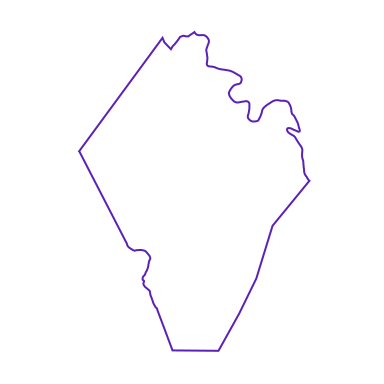 outline of Beausejour, Vieux Fort, Saint Lucia, rotated 185°
{"feature_id": "8701671B75449277915828", "entity_name": "Beausejour", "entity_type": "district", "adm_level": 2, "iso_a3": "LCA", "parent_name": "Saint Lucia", "parent_adm1": "Vieux Fort", "projection": "robinson", "projection_center": [-60.956, 13.753], "detail": "fine", "context": "isolated", "style": "outline", "palette": "violet", "viewbox_px": 384, "rotation_deg": 185, "n_neighbors": 0, "source": "geoboundaries", "source_scale": "gbopen_adm2", "svg_char_len": 5730}
<svg xmlns="http://www.w3.org/2000/svg" viewBox="0 0 384 384"><g transform="rotate(185 192 192)"><path d="M234.8,343.0L308.0,222.7L307.7,222.5L252.4,134.9L252.0,134.0L251.8,133.3L251.6,133.0L251.2,132.4L250.9,132.1L250.6,131.8L249.9,131.2L249.4,131.0L249.0,130.7L248.1,130.2L246.9,129.6L246.3,129.3L245.5,128.9L244.6,128.7L243.9,128.5L243.1,128.9L242.0,129.3L240.7,129.4L239.5,129.6L238.0,129.8L236.8,129.8L235.6,129.6L234.8,129.5L234.4,129.4L233.6,129.2L233.2,129.0L232.6,128.5L232.1,128.1L231.6,127.6L231.2,127.2L230.2,126.2L228.9,124.8L228.6,124.4L228.3,123.8L228.0,123.2L227.8,122.3L227.8,121.8L227.9,121.2L228.0,120.9L228.3,120.5L228.5,120.0L228.6,119.7L228.8,119.0L228.8,118.6L228.9,117.7L228.9,117.1L229.0,116.5L229.1,115.8L229.1,115.5L229.1,115.2L229.1,114.7L229.2,114.2L229.2,113.8L229.3,113.3L229.3,112.8L229.5,112.3L229.6,111.6L229.9,110.7L230.1,110.0L230.3,109.5L230.6,109.0L231.1,107.9L231.2,107.5L231.3,107.0L231.5,106.2L231.6,105.6L231.8,105.3L232.2,104.8L232.3,104.6L232.6,104.4L232.8,104.1L233.0,103.9L233.2,103.6L233.4,103.1L233.5,102.7L233.6,102.3L233.7,101.9L233.7,101.4L233.7,101.1L233.6,100.8L233.5,100.5L233.4,100.2L233.2,100.1L233.0,99.9L232.5,99.6L232.2,99.4L232.1,99.2L232.0,98.7L232.1,98.0L232.3,97.6L232.4,96.9L232.4,96.6L232.3,96.1L232.3,95.9L232.1,95.5L232.0,95.2L231.7,94.8L231.6,94.6L231.3,94.4L230.9,93.9L230.3,93.2L230.0,93.0L229.6,92.8L229.2,92.5L228.6,92.1L228.0,91.7L227.6,91.4L226.9,90.8L226.0,90.2L225.6,89.9L225.5,89.6L225.2,89.0L225.1,88.7L225.0,88.1L224.8,87.1L224.7,86.7L224.5,86.2L224.4,85.7L224.0,84.8L223.7,84.4L223.5,84.0L223.3,83.5L223.1,83.1L222.9,82.6L222.8,82.3L222.7,82.1L222.4,81.6L222.0,80.7L221.8,80.2L221.6,79.7L221.4,79.4L221.2,78.8L221.0,78.4L220.8,77.9L220.5,77.4L220.2,76.9L219.9,76.5L219.8,76.3L219.4,75.7L219.2,75.5L218.9,75.0L218.6,74.5L218.4,74.3L218.1,73.9L217.9,73.8L217.6,73.6L217.1,73.3L216.8,73.0L216.6,72.5L216.4,71.9L216.1,71.3L215.8,70.6L215.4,69.7L204.7,47.4L201.0,39.6L197.6,32.5L151.8,36.1L140.2,62.0L134.4,75.0L120.4,111.4L112.3,149.1L108.8,165.4L76.0,213.4L76.3,213.6L77.3,214.5L77.8,215.2L78.3,215.8L78.9,216.7L79.0,217.0L80.1,218.1L80.4,218.5L80.9,219.2L81.5,220.3L81.7,220.8L82.0,221.9L82.2,223.2L82.3,223.8L82.5,224.9L82.8,226.0L83.0,227.0L83.1,227.9L83.3,228.7L83.5,230.0L83.7,231.5L84.0,232.9L84.3,233.6L84.6,234.2L84.9,235.1L85.1,235.7L85.4,236.8L85.5,237.7L85.6,238.4L85.6,239.3L85.7,240.2L85.7,240.8L85.7,241.8L85.7,242.5L85.7,243.3L85.9,244.1L86.1,244.8L86.4,245.5L86.9,246.2L87.4,247.0L89.3,249.2L90.6,250.8L91.2,251.6L92.0,252.7L92.5,253.3L93.3,254.5L94.1,255.6L94.8,256.2L95.7,256.9L97.3,257.6L98.6,258.2L99.2,258.5L100.1,259.0L100.8,259.5L101.6,260.1L101.9,260.4L102.4,261.3L102.7,262.1L102.7,262.6L102.7,263.2L102.5,263.6L102.0,263.9L101.5,264.1L100.8,264.1L99.8,264.1L99.0,264.0L97.9,263.6L96.8,263.1L93.6,262.1L92.5,261.7L91.8,261.4L91.1,261.3L90.6,261.4L90.2,261.6L90.0,262.1L90.0,262.8L90.2,263.6L90.7,264.7L91.0,265.2L91.3,266.2L91.7,267.4L92.2,268.6L92.6,269.8L93.1,270.6L93.6,271.5L94.3,272.6L95.0,273.8L95.2,274.1L95.3,274.3L95.8,275.1L96.6,276.3L97.1,276.9L98.0,277.6L99.0,278.4L99.3,279.0L100.0,280.7L100.0,280.9L100.1,281.8L100.2,282.3L100.3,283.0L100.7,284.1L100.8,284.5L101.1,285.3L101.3,285.8L101.6,286.3L102.0,287.2L102.5,287.9L103.0,288.6L103.4,289.3L104.1,289.9L104.7,290.2L105.4,290.5L106.4,290.8L107.2,290.9L108.8,290.9L110.7,290.7L111.9,290.7L112.6,290.7L113.9,290.9L114.7,291.0L115.8,290.8L117.3,290.5L118.2,290.1L119.1,289.7L120.3,288.8L121.6,287.8L122.6,287.0L123.6,286.3L124.8,285.3L125.8,284.4L126.6,283.6L127.4,282.8L127.9,282.1L128.6,281.1L129.0,280.0L129.3,278.6L129.5,276.8L130.1,274.7L130.4,273.4L130.9,272.0L131.4,271.0L131.8,270.0L132.0,269.6L132.3,269.0L132.8,268.6L133.5,268.3L134.0,268.1L135.4,267.8L135.9,267.7L136.9,267.6L137.6,267.5L138.3,267.6L139.2,267.9L139.9,268.2L140.8,268.7L141.3,269.2L142.0,269.8L142.5,270.4L142.8,271.1L143.0,271.8L143.0,273.0L142.8,273.9L142.5,275.1L142.4,276.4L142.3,277.5L142.2,278.7L142.1,280.0L142.2,281.4L142.3,282.6L142.4,283.7L142.5,284.7L142.6,285.3L143.0,285.9L143.5,286.5L143.9,286.8L144.4,286.9L144.8,287.1L145.3,287.2L145.8,287.1L146.2,287.2L146.6,287.2L147.6,286.8L149.5,286.4L151.8,285.8L153.0,285.4L153.9,285.2L154.8,285.1L155.5,285.1L156.0,285.2L157.3,285.6L158.0,285.9L158.7,286.5L159.6,287.2L160.3,287.9L160.9,288.4L161.5,289.1L162.4,290.2L163.0,291.2L163.5,292.3L163.8,293.4L163.9,294.3L163.6,295.1L163.3,295.8L162.9,296.8L162.5,297.6L162.0,298.5L161.6,299.1L160.9,300.2L160.1,301.2L159.8,301.4L159.1,302.1L158.2,302.6L157.1,303.0L156.0,303.4L155.5,303.5L155.1,303.6L154.6,303.8L154.1,304.1L153.7,304.3L153.3,304.6L152.8,305.5L152.6,306.3L152.3,307.6L152.3,308.3L152.4,309.1L152.9,310.2L153.3,310.9L153.7,311.3L154.4,311.8L157.6,313.3L158.1,313.6L159.4,314.1L160.2,314.5L161.0,314.9L161.7,315.2L162.7,315.5L164.2,315.9L165.3,316.2L166.3,316.3L167.7,316.4L169.8,316.6L173.0,316.7L174.4,316.8L175.1,316.9L176.2,317.1L177.1,317.3L177.9,317.5L179.1,317.9L179.9,318.2L180.8,318.4L182.2,318.6L183.6,318.6L185.6,318.7L186.6,318.7L187.3,319.1L187.6,319.3L188.0,319.7L188.3,320.3L188.5,321.3L188.4,322.0L188.3,323.3L188.3,325.9L188.3,327.0L188.7,328.6L189.0,330.1L189.7,332.7L189.9,333.4L190.1,334.2L190.2,334.9L190.0,335.8L189.9,336.5L189.6,337.5L189.4,338.5L189.1,339.6L188.9,340.3L188.7,341.0L188.4,342.0L188.3,342.8L188.3,344.0L188.5,344.7L189.0,345.7L189.8,346.7L190.7,347.8L191.4,348.2L192.2,348.7L192.7,349.0L193.2,349.2L194.0,349.3L194.8,349.3L196.0,349.1L197.7,348.9L199.0,348.8L199.8,348.9L200.4,349.0L201.2,349.3L202.2,350.0L203.3,351.1L203.5,351.5L204.4,350.7L207.9,348.0L209.0,346.8L210.8,346.5L214.4,346.9L217.3,345.5L219.5,341.7L222.2,337.6L224.0,335.5L225.4,332.4L232.6,338.7L234.8,343.0Z" fill="none" stroke="#5b21b6" stroke-width="2"/></g></svg>